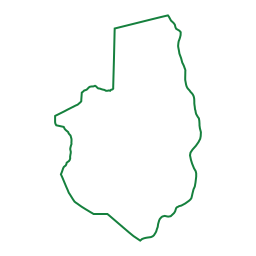 Timon, Maranhão, Brazil
{"feature_id": "56859067B25713173966314", "entity_name": "Timon", "entity_type": "district", "adm_level": 2, "iso_a3": "BRA", "parent_name": "Brazil", "parent_adm1": "Maranhão", "projection": "robinson", "projection_center": [-42.991, -5.173], "detail": "fine", "context": "isolated", "style": "outline", "palette": "green", "viewbox_px": 256, "rotation_deg": 0, "n_neighbors": 0, "source": "geoboundaries", "source_scale": "gbopen_adm2", "svg_char_len": 2618}
<svg xmlns="http://www.w3.org/2000/svg" viewBox="0 0 256 256"><path d="M55.1,116.0L55.1,117.5L55.1,119.3L55.1,120.9L55.1,122.2L55.4,123.7L56.3,125.3L63.7,126.9L64.7,128.9L65.8,130.1L67.0,131.1L68.2,132.1L68.6,133.3L69.3,134.2L70.5,135.5L71.0,137.2L71.5,139.1L71.5,140.9L71.4,142.6L71.5,144.0L71.0,145.4L70.5,147.3L70.2,149.0L70.5,150.5L70.8,151.8L70.7,153.3L70.4,154.7L70.1,156.8L70.2,158.4L69.7,160.0L68.9,161.1L67.9,161.8L66.7,162.7L66.3,164.3L65.7,165.5L64.6,166.3L63.8,167.0L63.1,168.4L62.6,169.9L62.2,171.1L61.6,172.7L60.9,174.3L62.1,176.9L66.2,186.7L67.8,190.3L68.8,192.8L69.7,194.1L73.0,199.4L73.7,200.4L74.5,201.6L75.9,202.7L77.4,203.7L78.9,204.8L81.6,206.7L85.9,209.4L87.1,210.1L90.9,212.4L91.8,212.9L93.6,214.0L95.7,214.0L96.8,214.0L98.7,214.0L101.5,214.0L103.0,214.0L104.2,214.0L107.4,214.0L109.0,215.3L128.5,232.0L133.5,236.1L140.2,240.6L142.1,239.0L144.0,238.3L145.6,237.9L147.2,237.6L150.9,237.1L152.7,236.3L153.9,235.3L155.5,232.8L156.2,231.5L156.9,229.1L157.7,227.0L158.1,224.1L159.1,220.6L159.8,219.0L161.5,217.1L162.4,216.5L164.7,215.9L167.4,216.5L168.4,216.6L170.7,216.2L172.3,214.7L174.0,213.1L175.1,211.4L176.1,208.2L177.0,207.2L178.2,206.7L179.2,206.1L181.3,205.6L185.2,203.5L188.0,201.5L189.1,200.7L190.5,199.4L191.4,198.1L192.0,195.7L192.4,193.8L193.5,189.4L194.8,186.5L195.5,182.5L196.2,176.6L196.2,173.4L195.7,171.2L194.0,168.3L192.1,163.6L190.9,159.7L190.0,155.3L190.5,152.6L192.5,149.6L195.9,145.8L198.5,142.1L200.2,138.8L200.7,136.2L200.9,132.2L199.9,128.3L199.5,125.4L199.5,123.9L199.3,120.8L198.9,118.4L197.8,116.9L197.0,115.5L196.2,114.1L195.7,112.3L195.5,110.8L195.0,109.2L194.7,106.4L194.5,105.2L194.3,103.3L194.3,101.1L194.2,98.8L193.9,97.2L193.5,95.9L192.8,94.5L191.8,93.2L190.7,92.1L189.5,90.4L188.2,89.0L187.4,88.0L186.6,86.4L186.1,84.7L185.8,83.1L185.2,79.9L185.2,78.0L185.3,73.2L185.3,71.8L185.4,70.5L185.1,69.2L184.6,68.0L184.0,66.2L183.1,64.2L182.3,62.7L181.1,58.2L179.4,53.6L179.0,51.0L178.3,47.4L178.1,46.0L178.4,42.9L178.7,41.2L179.4,39.4L180.0,37.6L180.6,35.1L180.7,32.2L179.4,30.7L177.2,29.4L176.2,28.8L175.5,27.4L174.8,24.6L173.5,22.9L171.0,20.6L168.9,16.7L167.9,15.4L161.1,17.0L149.7,19.8L127.6,25.3L114.7,28.5L114.6,31.5L114.0,57.3L113.2,86.9L113.2,88.6L112.5,89.4L111.0,89.8L110.1,90.8L109.0,90.4L107.9,90.7L106.0,90.8L104.4,89.9L103.3,89.7L102.1,89.4L100.9,89.0L99.9,88.6L98.2,88.4L97.1,87.5L96.2,86.5L95.0,85.8L93.5,86.4L91.1,86.5L89.5,86.9L88.1,88.2L86.9,89.5L85.9,90.0L84.2,90.5L83.1,91.6L81.8,92.6L81.3,99.6L81.3,101.1L80.6,102.1L77.6,104.7L75.7,105.5L67.4,109.7L64.2,111.4L57.2,114.9L56.1,115.4L55.1,116.0Z" fill="none" stroke="#15803d" stroke-width="2"/></svg>